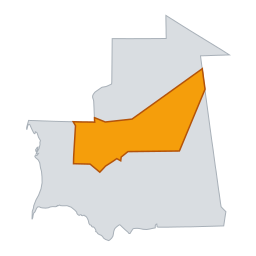 location of Adrar within Mauritania
{"feature_id": "MRT-2795", "entity_name": "Adrar", "entity_type": "Region", "adm_level": 1, "iso_a3": "MRT", "parent_name": "Mauritania", "parent_adm1": "", "projection": "albers", "projection_center": [-10.597, 21.416], "detail": "fine", "context": "in_parent", "style": "filled", "palette": "amber", "viewbox_px": 256, "rotation_deg": 0, "n_neighbors": 0, "source": "natural_earth", "source_scale": "10m", "svg_char_len": 3701}
<svg xmlns="http://www.w3.org/2000/svg" viewBox="0 0 256 256"><path d="M105.7,239.5L105.3,239.3L103.5,238.0L102.6,236.5L101.2,235.3L99.2,234.5L97.8,233.6L97.2,232.6L96.5,231.9L95.7,231.6L95.7,231.2L95.9,230.7L95.7,229.8L94.5,227.8L93.4,226.9L92.5,227.0L92.0,226.7L91.6,226.3L91.5,225.6L90.9,225.1L89.8,224.8L88.9,223.3L88.3,220.5L87.4,218.4L86.4,216.8L85.6,216.2L85.0,216.1L84.9,215.9L84.7,215.4L83.9,215.2L82.7,215.7L81.6,215.5L81.1,214.7L80.4,214.7L79.5,215.3L78.5,215.1L77.4,214.1L76.8,213.1L76.7,212.1L74.8,210.1L71.2,207.2L67.1,205.7L62.8,205.8L60.3,205.6L59.8,205.1L59.3,205.1L58.7,205.6L58.1,205.7L57.5,205.4L57.1,205.6L57.0,206.4L55.4,206.7L52.5,206.6L50.1,207.0L48.3,207.8L45.7,208.1L42.4,207.9L40.5,207.5L39.8,207.0L38.8,206.8L37.6,207.0L36.5,208.4L35.4,211.0L34.6,212.4L33.9,212.8L33.2,214.7L32.7,217.9L32.0,219.3L32.3,211.2L33.4,208.3L33.8,205.6L36.0,199.9L38.6,195.2L41.0,188.9L42.1,182.8L42.0,176.8L41.5,171.4L40.5,167.8L39.7,162.7L38.2,159.9L35.4,157.5L34.8,156.1L35.5,155.6L37.2,155.3L38.4,153.5L36.0,154.1L39.0,148.6L40.0,144.7L39.9,142.2L40.5,140.7L38.5,137.2L37.1,132.9L36.3,132.2L35.4,131.8L35.3,132.8L34.8,133.7L33.8,133.1L32.2,130.0L29.9,124.8L29.0,124.3L28.3,124.9L27.8,125.6L26.8,129.7L26.6,128.1L27.0,126.1L27.7,123.7L28.6,120.4L30.7,120.5L34.6,120.6L42.2,120.9L46.1,121.0L53.7,121.3L57.6,121.4L65.3,121.6L69.1,121.7L76.8,121.8L80.6,121.9L88.3,122.1L92.1,122.1L94.7,122.2L94.5,119.8L94.5,117.9L94.3,115.3L94.2,112.8L94.1,110.2L94.0,107.8L93.9,105.5L93.8,103.3L93.7,101.2L93.5,100.1L92.7,97.7L92.6,96.6L92.8,95.4L93.4,94.2L94.9,92.2L97.1,90.6L99.7,88.8L101.7,87.4L102.7,87.1L105.8,86.6L108.3,85.6L110.6,84.5L111.6,84.0L111.8,82.0L112.2,38.6L123.6,38.6L126.7,38.7L147.8,38.6L150.8,38.6L166.2,38.5L166.2,36.4L166.1,33.5L166.1,29.5L166.0,25.4L165.9,18.3L165.9,15.4L168.9,17.3L175.1,21.2L178.1,23.1L184.3,27.0L190.4,30.8L196.6,34.6L199.7,36.5L202.8,38.4L205.9,40.3L209.0,42.2L215.2,46.0L217.8,47.6L221.9,50.1L225.6,52.5L229.4,54.9L223.7,55.1L216.1,55.3L210.9,55.5L205.5,55.7L200.5,55.8L201.0,59.9L201.6,64.3L202.2,68.8L202.8,73.2L203.4,77.7L205.1,91.1L205.7,95.5L206.3,100.0L206.9,104.5L207.5,108.9L208.7,117.8L209.3,122.3L209.9,126.8L210.5,131.2L211.1,135.7L211.7,140.1L213.0,149.0L213.6,153.5L214.2,158.0L214.8,162.4L215.4,166.9L216.1,171.3L216.7,175.8L217.3,180.2L218.5,189.1L219.2,193.6L219.8,198.0L220.4,202.5L221.1,206.8L223.2,209.0L225.9,211.7L225.2,215.8L224.5,220.6L223.7,225.9L216.5,226.1L209.4,226.3L191.6,226.8L188.1,226.8L170.3,227.1L166.7,227.2L159.9,227.2L157.9,227.1L157.1,226.7L156.8,224.0L156.2,224.2L155.5,225.0L155.2,225.9L155.3,227.0L155.2,227.9L152.9,228.3L149.8,229.0L146.6,229.5L143.3,229.3L142.2,229.1L141.0,228.8L138.4,228.4L137.0,228.3L135.3,228.4L133.4,228.6L132.8,229.1L131.4,231.2L130.0,233.5L129.0,233.5L128.0,232.2L125.2,229.8L121.8,226.6L120.2,225.0L119.4,224.8L117.8,225.9L116.4,227.0L114.9,228.5L114.2,230.0L113.7,231.7L113.4,233.8L112.9,236.2L111.7,238.1L110.2,239.6L109.2,240.3L108.8,240.6L105.7,239.5ZM37.4,150.0L36.2,151.7L35.8,151.0L35.6,149.8L36.7,148.2L37.2,147.4L38.0,147.1L37.4,150.0Z" fill="#d9dde1" stroke="#a8b0b8" stroke-width="1"/><path d="M73.2,121.7L77.9,121.9L82.6,122.0L86.5,122.0L89.6,122.1L91.5,122.1L92.2,122.1L94.7,122.2L94.5,119.2L94.5,117.7L94.9,117.8L105.3,122.0L132.0,119.1L202.3,68.7L202.3,68.8L202.4,69.9L202.8,72.3L203.1,74.8L203.2,75.9L203.5,78.0L203.8,80.2L204.1,82.4L204.4,84.5L204.7,86.7L205.0,88.8L205.0,89.3L204.9,89.6L179.6,150.5L179.3,151.0L128.1,151.6L127.8,151.7L121.5,156.8L121.2,157.1L120.8,160.1L120.7,160.8L116.8,158.6L113.2,161.1L105.5,166.1L103.5,168.3L99.8,172.2L90.1,164.1L73.5,163.7L73.6,158.8L73.7,156.0L75.5,125.7L75.2,125.2L73.2,121.7Z" fill="#f59e0b" stroke="#b45309" stroke-width="1.5"/></svg>